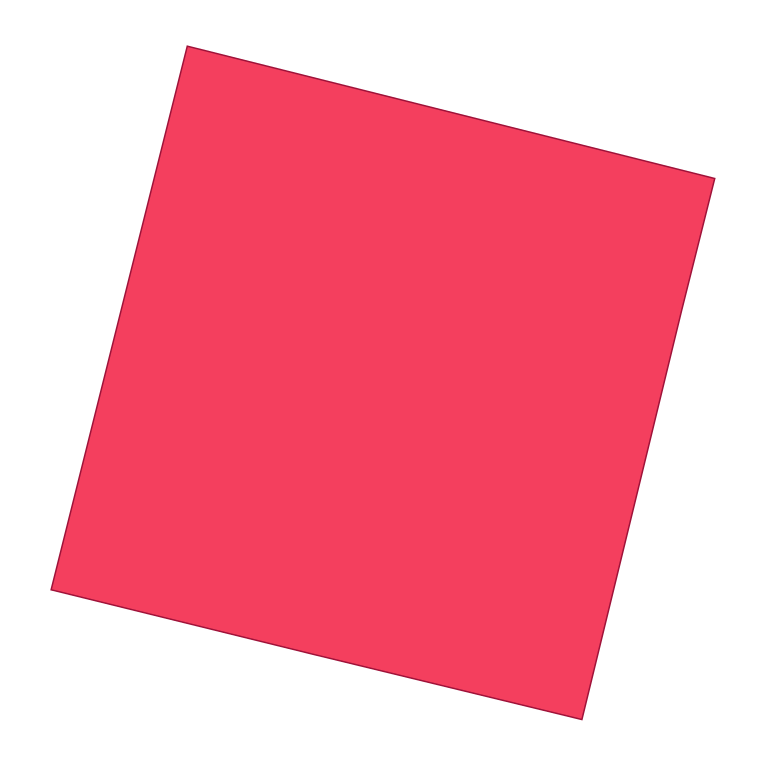 Marshall, Iowa, United States of America, rotated 104°
{"feature_id": "52423323B44218034529984", "entity_name": "Marshall", "entity_type": "district", "adm_level": 2, "iso_a3": "USA", "parent_name": "United States of America", "parent_adm1": "Iowa", "projection": "equal_earth", "projection_center": [-93.014, 42.036], "detail": "fine", "context": "isolated", "style": "filled", "palette": "rose", "viewbox_px": 768, "rotation_deg": 104, "n_neighbors": 0, "source": "geoboundaries", "source_scale": "gbopen_adm2", "svg_char_len": 267}
<svg xmlns="http://www.w3.org/2000/svg" viewBox="0 0 768 768"><g transform="rotate(104 384 384)"><path d="M104.6,112.8L103.8,656.6L664.2,657.2L663.4,385.7L661.7,110.8L380.7,112.2L241.2,113.0L104.6,112.8Z" fill="#f43f5e" stroke="#9f1239" stroke-width="1.5"/></g></svg>